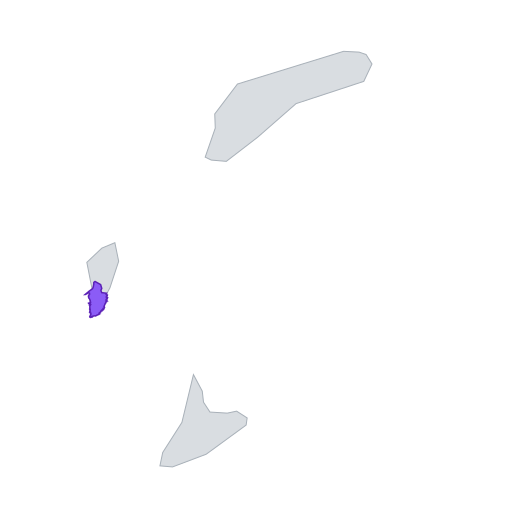 Djando, Moûhîlî, Comoros (highlighted), rotated 69°
{"feature_id": "10938185B42418571168375", "entity_name": "Djando", "entity_type": "district", "adm_level": 2, "iso_a3": "COM", "parent_name": "Comoros", "parent_adm1": "Moûhîlî", "projection": "equal_earth", "projection_center": [43.833, -12.356], "detail": "fine", "context": "in_parent", "style": "filled", "palette": "violet", "viewbox_px": 512, "rotation_deg": 69, "n_neighbors": 0, "source": "geoboundaries", "source_scale": "gbopen_adm2", "svg_char_len": 4548}
<svg xmlns="http://www.w3.org/2000/svg" viewBox="0 0 512 512"><g transform="rotate(69 256 256)"><path d="M150.4,263.4L145.5,268.0L122.0,248.2L108.6,243.6L88.8,211.7L96.3,100.9L102.6,86.7L107.4,81.0L118.3,78.9L131.6,92.8L128.1,164.0L145.7,211.9L157.0,249.8L150.4,263.4ZM410.3,325.8L423.2,373.5L423.0,409.5L417.5,420.9L406.0,413.5L384.8,384.8L344.3,356.9L362.9,354.6L373.7,357.4L385.2,354.9L392.4,339.1L393.9,329.7L404.0,322.3L410.3,325.8ZM233.4,403.8L251.5,425.0L201.3,416.2L193.4,397.1L193.0,383.0L211.7,386.1L233.4,403.8Z" fill="#d9dde1" stroke="#a8b0b8" stroke-width="1"/><path d="M230.7,429.3L230.8,429.0L230.8,428.8L230.7,428.5L230.7,428.3L230.6,427.9L230.6,427.1L230.5,426.8L230.2,426.4L230.1,426.1L230.1,425.9L230.1,425.7L230.9,424.9L231.1,425.1L231.3,425.0L231.7,424.9L232.0,425.0L232.2,425.4L232.4,425.9L232.6,426.0L233.0,426.2L233.0,426.4L233.3,426.4L233.4,426.5L233.5,426.7L233.6,426.9L234.2,426.9L234.4,426.9L234.9,427.2L235.5,427.1L236.0,426.9L236.7,426.8L237.4,426.8L237.7,426.7L237.9,426.8L238.0,426.8L238.1,426.7L238.5,426.9L238.4,427.0L238.6,427.1L239.0,427.1L239.3,427.1L239.6,427.0L240.0,427.1L240.1,427.3L240.2,427.2L240.3,427.2L240.4,427.5L240.3,427.8L240.2,427.7L240.2,427.9L240.1,428.0L240.1,428.5L240.0,429.0L240.0,429.3L240.3,429.3L240.4,429.1L240.4,428.8L240.7,428.7L240.8,428.5L240.9,428.4L240.8,428.1L241.1,428.0L241.3,428.1L241.4,428.3L241.5,428.2L241.5,428.3L241.6,428.5L241.7,428.4L241.8,428.5L241.8,428.4L242.0,428.2L242.1,428.4L242.3,428.4L242.5,428.2L242.9,428.6L242.9,428.9L243.0,429.0L243.5,429.2L244.4,429.6L245.1,429.6L245.3,429.8L245.7,430.2L246.1,429.9L246.5,429.9L246.7,430.0L246.7,430.4L246.8,430.4L247.0,430.3L247.2,430.5L247.3,430.5L247.5,430.4L248.0,430.4L248.1,430.7L248.1,430.9L248.3,431.0L248.6,431.3L248.8,431.2L249.1,431.2L249.2,430.9L249.3,430.8L249.5,430.7L249.8,430.8L249.8,431.0L249.9,430.9L250.1,430.8L250.6,430.9L251.0,430.8L251.3,431.1L251.3,431.3L251.5,431.4L251.8,431.7L251.9,431.8L252.1,432.1L252.3,432.2L252.7,432.5L253.1,433.0L253.3,433.0L253.4,432.9L253.7,432.9L253.8,432.7L254.0,432.7L254.0,432.8L254.2,433.0L254.1,432.8L254.1,432.7L254.2,432.4L254.1,432.1L253.9,431.5L253.5,431.2L253.7,430.4L253.8,430.4L254.0,430.5L254.2,430.8L254.3,430.8L254.3,430.7L254.2,430.4L253.7,430.4L253.7,429.8L253.7,429.6L253.8,429.4L253.8,429.0L253.9,428.8L253.9,428.4L254.2,427.8L254.3,427.3L254.5,427.2L254.5,426.9L254.4,426.8L254.4,426.6L254.2,425.9L254.2,425.4L254.2,425.0L254.3,425.0L254.3,424.9L254.3,424.7L254.6,424.7L254.4,424.6L254.3,424.2L254.1,424.1L254.1,423.8L254.0,423.7L254.2,423.4L254.0,423.2L253.9,423.0L253.9,422.9L253.8,423.0L253.7,423.1L253.6,422.8L253.3,422.8L253.3,422.7L253.0,422.7L252.8,422.5L252.8,422.4L252.9,422.2L252.9,421.9L252.5,421.1L252.5,420.9L251.9,420.8L251.7,420.4L251.8,420.1L252.0,419.8L252.0,419.7L251.8,419.6L252.0,419.4L251.9,419.3L251.7,419.3L251.6,418.9L251.3,418.9L251.2,418.9L251.3,418.4L251.5,417.9L251.5,417.7L251.4,417.6L251.3,417.8L250.9,418.1L250.7,418.0L250.5,417.8L250.5,417.7L250.5,417.4L250.4,417.4L250.5,417.2L250.4,417.2L250.4,416.9L250.2,416.9L250.1,416.6L250.1,416.2L249.8,415.9L249.7,415.8L249.3,415.8L249.2,415.9L249.0,416.1L248.9,416.1L248.7,416.0L248.2,415.5L248.0,415.4L247.7,415.1L247.5,414.9L247.2,414.6L247.1,414.4L246.9,414.4L246.6,414.1L246.4,413.9L246.2,413.5L246.1,413.4L245.9,413.3L245.9,413.1L245.7,413.1L245.5,412.9L245.5,412.6L245.6,412.4L245.5,412.6L245.3,412.6L245.2,412.5L245.1,412.4L245.1,412.2L245.2,411.9L245.0,411.7L244.9,411.7L244.7,411.8L244.7,411.7L244.7,411.4L244.6,411.5L244.6,411.3L244.4,411.3L244.3,411.5L244.2,411.7L244.0,411.4L243.8,411.5L243.8,411.4L243.7,411.4L243.8,411.3L243.8,411.1L243.7,411.1L243.6,411.3L243.6,411.5L243.3,411.6L243.2,411.5L243.1,411.4L243.2,411.2L243.1,410.8L242.9,410.7L242.7,410.4L242.5,410.6L242.3,410.6L242.0,410.4L241.9,410.5L241.8,410.4L241.8,410.1L241.8,409.9L241.7,409.9L241.6,410.0L241.4,410.1L241.2,410.1L241.2,409.9L241.1,410.0L241.1,409.9L241.1,410.0L240.9,410.1L240.6,409.9L240.4,410.0L240.4,409.9L240.2,409.8L240.0,409.7L239.9,409.4L239.8,409.2L239.7,409.2L239.8,409.0L239.9,408.8L239.8,409.0L239.7,409.1L239.6,408.9L239.7,408.7L239.6,408.8L239.5,409.0L239.4,408.9L239.2,409.1L239.0,408.9L238.9,409.1L239.0,409.4L238.8,409.6L238.7,409.6L238.1,409.7L237.7,409.7L237.4,409.4L237.4,409.2L237.2,408.9L234.9,413.2L232.6,413.1L232.4,413.0L231.0,411.6L227.0,411.3L222.1,415.4L222.3,416.3L222.6,416.9L223.2,417.2L224.1,417.5L225.3,418.3L225.8,418.5L226.4,419.0L227.2,419.5L228.0,420.6L229.2,425.0L229.3,425.1L230.7,429.3Z" fill="#8b5cf6" stroke="#5b21b6" stroke-width="1.5"/></g></svg>